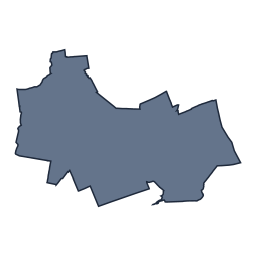 the district of Piatra-Olt, Olt, Romania
{"feature_id": "2599482B68816906469751", "entity_name": "Piatra-Olt", "entity_type": "district", "adm_level": 2, "iso_a3": "ROU", "parent_name": "Romania", "parent_adm1": "Olt", "projection": "orthographic", "projection_center": [24.264, 44.37], "detail": "fine", "context": "isolated", "style": "filled", "palette": "slate", "viewbox_px": 256, "rotation_deg": 0, "n_neighbors": 0, "source": "geoboundaries", "source_scale": "gbopen_adm2", "svg_char_len": 5510}
<svg xmlns="http://www.w3.org/2000/svg" viewBox="0 0 256 256"><path d="M98.6,206.3L104.5,204.2L110.9,201.9L116.7,199.9L135.1,193.5L149.2,188.8L149.1,188.3L148.5,186.9L147.0,183.2L146.8,182.7L146.7,182.3L146.7,181.7L147.2,181.8L147.8,182.2L149.0,182.4L149.6,182.3L150.7,181.9L151.5,181.8L151.7,181.7L152.3,181.4L152.8,181.3L153.3,181.3L153.9,181.4L154.3,181.7L154.7,182.0L156.6,184.0L157.4,184.9L158.5,186.0L159.4,186.9L159.6,187.3L160.2,187.5L161.0,188.3L162.1,189.1L163.3,190.2L163.8,190.6L163.6,191.1L163.3,191.5L163.4,192.4L163.3,192.8L163.2,194.0L163.0,194.6L162.1,195.4L161.7,195.7L161.4,195.9L161.0,196.0L162.2,197.0L162.3,197.2L162.2,197.5L161.9,198.2L161.4,199.6L161.2,199.8L159.8,200.2L159.1,200.5L158.2,201.1L157.7,201.5L157.2,201.7L157.0,202.2L156.7,202.4L156.7,202.6L156.6,202.9L156.4,203.1L155.7,203.2L155.4,203.4L155.0,203.7L154.3,204.1L153.1,204.4L153.0,204.5L153.9,204.4L155.4,203.7L155.9,203.6L156.8,203.8L157.2,203.7L158.2,203.2L158.2,202.8L158.6,202.1L159.0,201.7L159.6,201.3L161.0,200.9L162.2,200.7L162.5,200.3L162.9,200.2L163.6,200.2L164.1,200.0L164.6,200.6L165.0,201.3L165.2,201.9L166.7,202.0L182.9,201.4L183.6,201.2L187.9,200.9L194.7,200.8L196.6,200.9L197.2,200.8L198.6,199.9L200.1,199.4L200.4,199.2L201.2,198.5L202.2,197.4L202.5,196.9L202.9,196.4L203.3,195.5L203.2,195.0L202.9,194.6L202.9,194.4L203.1,194.2L202.1,192.7L201.8,192.2L201.6,191.1L201.4,190.5L201.4,190.3L202.5,189.6L203.1,189.0L203.3,188.5L203.8,186.2L203.6,185.6L203.6,185.2L203.9,184.7L203.8,184.3L203.7,184.0L203.8,183.2L203.9,182.9L204.8,181.7L206.0,180.3L207.9,177.8L208.1,177.7L209.6,175.6L212.0,172.6L213.1,171.0L216.6,166.6L216.9,166.1L217.2,166.0L217.4,165.8L222.3,165.6L229.1,165.1L233.4,164.5L240.6,162.7L234.3,150.8L231.8,142.3L228.1,137.3L222.0,127.2L220.1,120.1L218.5,112.8L217.4,108.2L215.9,100.0L213.1,100.9L212.4,100.6L212.2,100.5L211.2,101.0L210.3,101.2L210.0,101.3L209.9,101.5L208.7,101.8L207.4,102.2L206.5,102.6L203.3,103.6L201.6,104.1L201.3,104.3L200.8,104.5L199.2,105.0L198.0,105.6L197.7,105.9L196.0,106.5L191.8,108.4L191.4,108.7L191.4,109.2L190.6,109.5L187.7,110.8L186.9,111.0L185.6,111.7L179.8,113.9L178.7,114.4L178.5,113.7L178.3,112.8L178.1,111.6L178.0,111.0L178.1,110.8L178.0,110.5L177.8,110.4L177.5,110.4L176.8,110.6L177.4,109.8L177.7,108.8L178.6,105.0L178.0,104.9L177.2,105.0L176.3,105.4L175.4,105.8L172.5,107.1L172.1,105.9L171.6,104.9L171.3,103.9L171.2,103.2L170.6,102.0L170.2,100.8L169.9,100.3L169.4,99.1L168.8,97.5L167.0,92.9L166.5,91.4L166.3,91.3L165.3,91.9L163.9,92.7L160.8,94.5L155.1,97.6L153.8,98.2L149.5,100.1L141.3,103.6L140.3,104.0L140.1,104.3L140.0,105.3L139.9,105.9L139.7,106.8L139.7,107.1L139.8,108.0L139.9,108.7L140.0,109.1L132.9,109.0L132.5,108.9L130.9,108.9L130.6,108.8L129.5,108.8L126.1,108.6L122.4,108.6L117.7,108.3L116.1,108.3L113.9,106.4L99.3,94.7L96.5,92.4L97.6,91.8L96.0,88.8L93.5,83.8L92.9,82.8L92.0,80.8L91.4,79.8L90.9,79.1L90.3,78.1L89.3,78.5L89.2,78.5L89.2,78.4L89.1,78.2L88.8,77.8L88.7,77.8L87.9,77.3L87.6,76.9L87.4,76.2L88.0,76.5L88.0,76.3L87.7,76.1L87.1,75.9L88.1,76.1L88.1,75.8L87.9,75.6L87.2,75.5L86.5,75.3L86.5,75.2L86.7,74.5L86.7,74.3L86.7,74.1L86.3,73.8L85.5,73.5L85.4,73.4L85.2,73.1L85.5,72.4L85.5,72.0L85.5,71.9L85.0,71.2L84.6,70.8L84.2,70.3L84.2,70.0L84.5,70.0L84.7,69.8L84.7,69.6L84.9,69.4L85.0,69.3L85.4,69.2L86.2,68.9L87.1,68.3L88.9,68.1L86.9,56.0L86.9,55.7L78.8,56.3L76.2,56.5L74.0,56.6L73.3,56.8L70.5,56.9L68.2,57.2L66.9,57.2L66.8,56.7L65.6,56.7L65.4,56.6L65.1,52.5L64.7,49.7L61.0,50.7L59.0,51.1L56.3,51.9L55.8,51.9L52.9,51.9L52.9,52.0L52.7,52.7L52.4,53.2L52.2,53.4L52.1,53.5L51.6,53.5L51.3,55.1L51.3,55.9L51.1,57.7L51.0,58.1L50.4,58.9L50.3,59.0L50.1,61.6L50.4,61.8L50.8,61.9L51.1,62.0L51.3,62.2L51.4,62.6L51.7,64.4L51.7,64.9L51.7,65.4L51.4,65.7L51.0,66.1L50.5,66.7L50.1,67.2L49.8,67.9L49.9,68.4L50.0,69.6L50.0,70.3L50.1,70.9L50.1,71.6L50.3,72.2L50.5,72.6L50.4,72.8L50.2,72.9L50.2,73.0L50.2,73.4L50.2,73.5L50.7,73.6L48.4,75.2L48.1,75.3L47.7,75.4L46.9,76.1L46.9,76.6L46.7,76.8L45.0,78.0L44.0,78.5L43.2,79.2L43.0,79.5L42.6,80.2L42.4,80.7L42.2,81.3L42.1,81.7L41.8,82.4L41.5,82.8L40.7,83.9L40.2,84.7L39.9,85.1L39.0,85.5L37.3,86.6L37.1,86.7L36.4,86.9L34.9,86.8L34.1,86.9L33.4,87.2L31.7,87.8L31.1,87.9L30.3,88.1L29.6,88.2L28.9,88.5L27.9,88.9L26.9,89.2L25.3,89.5L20.9,89.5L19.2,89.5L18.2,89.4L17.0,89.1L17.1,89.8L17.4,92.1L18.8,102.4L19.3,106.7L19.5,107.3L19.7,107.1L19.6,107.9L19.6,108.2L19.8,109.7L19.9,110.0L19.9,110.6L20.0,111.5L20.1,111.9L21.2,112.1L21.4,112.3L21.4,112.9L21.4,113.2L21.3,113.7L21.0,114.6L20.8,115.2L20.7,116.5L20.4,118.9L20.3,119.7L20.4,120.6L20.4,121.3L20.4,122.3L20.4,122.7L20.6,123.4L20.7,123.9L21.2,124.9L21.3,125.2L20.0,126.0L19.3,126.5L19.1,126.8L18.4,127.6L18.0,128.2L17.8,128.8L18.2,129.4L18.5,129.7L18.5,130.4L18.5,131.5L18.3,132.8L18.2,132.9L16.0,142.3L17.9,144.4L17.9,145.4L17.9,145.7L17.7,146.3L17.3,147.1L16.9,147.9L16.5,148.9L16.2,150.0L15.9,150.6L15.5,152.6L15.4,153.1L15.4,153.5L15.6,154.0L15.9,154.2L17.6,155.0L17.8,155.1L18.5,155.4L19.2,155.8L19.7,155.9L42.8,159.8L48.4,160.7L48.3,160.8L48.5,160.8L50.8,161.1L49.6,167.5L49.4,169.4L48.9,171.6L48.8,172.4L48.7,172.9L48.6,173.7L48.4,174.4L48.3,175.0L48.2,175.8L48.1,176.3L48.1,176.8L47.9,178.5L47.6,179.6L47.2,182.1L47.0,182.6L48.1,182.9L55.9,184.5L56.0,185.1L57.7,183.1L60.4,179.5L61.0,178.7L61.3,178.5L61.7,178.5L62.3,178.4L62.6,178.5L65.1,175.1L65.9,174.1L67.6,171.7L67.8,171.9L68.3,172.2L69.8,170.4L73.5,178.7L73.3,178.8L76.0,185.3L78.4,191.0L79.5,190.7L80.4,190.3L84.6,188.6L88.7,186.7L90.3,186.1L98.6,206.3Z" fill="#64748b" stroke="#1e293b" stroke-width="1.5"/></svg>